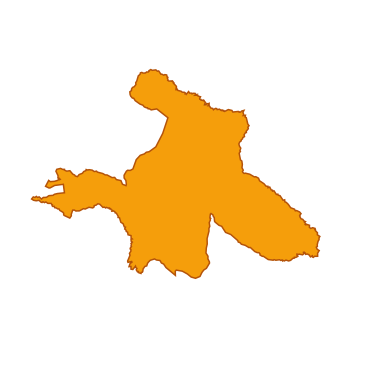 the district of Sekyere Afram Plains North, Ashanti, Ghana, rotated 26°
{"feature_id": "2480657B37542209080123", "entity_name": "Sekyere Afram Plains North", "entity_type": "district", "adm_level": 2, "iso_a3": "GHA", "parent_name": "Ghana", "parent_adm1": "Ashanti", "projection": "orthographic", "projection_center": [-0.752, 7.211], "detail": "fine", "context": "isolated", "style": "filled", "palette": "amber", "viewbox_px": 384, "rotation_deg": 26, "n_neighbors": 0, "source": "geoboundaries", "source_scale": "gbopen_adm2", "svg_char_len": 6036}
<svg xmlns="http://www.w3.org/2000/svg" viewBox="0 0 384 384"><g transform="rotate(26 192 192)"><path d="M57.9,251.1L61.6,251.1L62.6,250.6L65.7,246.3L73.0,241.5L77.7,248.6L71.7,252.4L69.3,254.4L68.6,255.9L65.0,258.0L63.5,260.6L60.7,262.1L59.8,264.3L56.7,263.4L55.7,264.6L54.0,264.2L53.3,265.7L51.5,266.0L50.9,268.6L53.2,268.9L55.8,268.2L58.2,266.5L60.4,267.3L61.8,267.2L62.3,266.1L64.1,266.2L65.0,265.0L67.4,265.4L70.4,264.0L71.5,264.8L72.1,264.7L72.3,265.7L73.2,266.0L74.5,265.3L75.5,266.3L77.0,265.8L78.7,266.1L79.8,265.5L81.3,266.5L84.8,266.8L85.9,267.3L86.7,268.8L87.4,269.1L93.6,269.0L94.0,266.3L93.3,265.1L92.7,260.6L94.2,259.8L95.9,260.0L99.1,258.3L101.7,254.6L103.5,254.1L106.1,250.9L109.8,249.8L110.5,248.4L110.1,247.1L111.6,245.8L112.5,243.9L114.4,243.4L118.7,244.9L119.8,244.0L121.4,244.2L121.9,243.3L123.9,243.2L124.4,242.6L125.7,242.7L125.6,243.2L126.6,242.9L127.1,243.4L128.5,243.4L128.5,244.3L130.0,243.4L131.8,243.8L132.1,244.4L133.3,244.2L136.2,246.1L136.7,247.3L138.1,246.9L141.3,250.4L144.0,250.7L146.4,253.0L147.6,252.8L147.7,254.7L149.6,255.3L150.2,256.3L151.7,256.3L153.3,258.5L156.3,257.9L157.5,260.1L158.8,260.4L157.9,261.2L158.9,262.9L160.3,263.2L159.8,264.8L160.2,264.8L160.9,267.3L161.5,267.6L161.1,269.5L161.4,270.3L162.3,270.5L163.0,272.0L162.7,274.6L164.0,276.0L164.4,282.3L165.3,283.3L168.2,280.9L168.8,281.4L167.7,283.5L168.1,286.7L169.8,285.7L171.0,288.1L172.8,287.6L173.7,283.4L174.6,284.5L176.0,284.8L176.0,286.4L177.9,287.6L178.7,287.0L179.2,287.9L181.9,287.6L181.7,286.4L182.5,285.9L182.6,285.2L181.8,282.5L182.3,279.5L183.7,278.3L183.3,275.5L183.6,274.0L184.4,271.7L187.7,268.6L189.9,268.7L193.2,267.6L195.6,269.2L198.1,269.2L201.7,271.3L213.6,274.2L211.7,270.6L212.1,269.1L218.0,267.4L223.8,267.7L228.5,268.8L233.0,268.0L236.2,264.4L236.2,259.9L236.8,256.9L238.4,254.3L238.9,248.2L238.2,247.1L235.6,245.1L234.5,242.7L231.3,240.7L229.4,236.0L228.5,232.1L226.0,227.3L224.4,219.7L223.2,217.4L223.0,215.0L220.9,212.0L220.8,209.1L219.7,207.7L220.1,207.4L219.2,207.0L218.2,203.8L218.5,203.0L220.8,203.4L222.1,204.8L223.1,205.1L225.1,208.4L225.9,208.9L230.8,210.1L233.7,209.8L239.9,213.6L245.5,213.2L254.4,215.6L255.5,216.7L257.4,216.5L259.2,217.3L263.3,216.6L267.5,217.0L268.8,216.3L274.5,218.0L277.2,217.9L278.9,217.2L280.2,217.8L280.7,218.8L283.3,219.0L284.3,218.5L290.1,219.3L294.9,217.7L295.4,216.8L297.2,216.6L300.4,214.5L301.8,214.6L302.7,213.6L303.6,214.2L303.8,213.6L305.2,213.5L306.3,212.0L309.1,211.6L310.6,210.2L311.8,207.3L312.8,206.8L312.6,205.8L313.9,205.4L315.3,203.5L313.8,202.7L313.6,201.7L314.9,201.7L315.5,200.9L318.9,200.0L319.6,198.5L318.6,197.4L319.1,196.9L320.3,197.1L321.5,198.2L322.8,197.2L324.8,197.2L326.9,198.4L328.1,196.6L328.8,197.6L329.7,197.6L330.3,196.1L333.1,194.7L331.7,191.9L332.0,188.9L329.6,188.6L327.9,187.1L328.5,185.8L327.7,184.6L326.9,181.1L327.1,179.2L326.3,177.5L326.4,175.9L323.4,175.5L322.6,173.6L320.0,172.7L319.4,171.7L318.8,171.9L318.6,170.8L316.1,171.2L314.7,172.7L313.0,172.3L312.2,170.4L309.3,170.8L308.8,171.6L308.0,171.6L308.2,170.7L306.3,169.8L306.8,168.9L305.6,169.0L303.4,168.0L301.8,168.3L299.7,166.9L299.7,166.2L299.0,165.8L299.5,163.7L297.5,162.8L294.2,162.8L293.1,163.6L291.7,162.5L287.6,162.9L284.0,160.9L281.3,160.0L279.7,160.1L278.7,158.4L277.5,159.5L272.7,156.7L270.9,157.1L270.1,156.3L268.9,157.2L265.2,155.0L264.0,155.9L263.5,155.1L262.2,155.4L259.7,153.5L258.4,154.8L257.8,153.6L256.0,154.3L253.0,153.0L247.8,152.3L245.7,150.4L242.6,150.3L241.4,151.1L236.1,150.7L231.6,151.7L230.7,152.5L229.1,152.1L228.4,151.5L228.5,149.9L226.3,148.3L225.2,145.2L223.2,142.3L221.5,141.9L217.4,136.5L217.7,134.3L217.0,134.0L216.6,131.2L214.7,130.1L213.0,128.2L213.0,126.0L213.8,124.5L213.4,123.6L214.1,122.1L213.8,120.8L214.9,119.2L213.7,117.7L214.1,115.1L214.8,114.7L214.1,113.6L214.8,110.9L214.7,110.1L213.8,109.3L214.2,107.4L212.4,106.5L208.2,101.4L206.8,101.3L206.4,99.6L204.5,100.8L204.6,99.8L202.9,98.1L202.9,95.9L201.1,97.5L200.6,98.9L199.5,99.6L199.3,99.2L198.3,99.3L193.7,102.2L192.1,101.2L188.5,102.0L186.0,105.3L185.2,105.4L185.0,104.9L183.9,105.4L183.6,105.0L183.0,105.8L182.2,105.5L182.0,105.9L180.4,105.5L178.5,106.9L177.6,106.2L176.4,106.6L175.2,108.7L174.0,107.8L172.1,108.3L169.6,106.8L168.7,107.3L169.0,105.7L168.5,104.8L167.8,105.7L166.4,106.0L166.4,107.4L165.0,108.1L164.7,105.5L162.8,104.9L162.7,104.4L161.7,104.4L161.5,105.0L159.9,105.5L159.5,104.9L158.3,105.2L157.8,104.4L157.9,102.7L155.3,103.1L154.8,102.5L152.4,103.7L152.9,102.7L152.6,102.9L151.6,102.0L149.5,102.9L149.0,103.8L148.1,103.4L146.5,104.2L144.9,103.2L144.0,106.8L143.1,106.3L142.7,106.6L142.6,105.9L141.5,105.7L139.4,106.6L138.2,106.2L134.7,106.9L133.8,106.2L133.5,106.6L132.8,105.7L132.5,106.4L131.7,103.9L128.1,102.5L128.1,102.0L127.4,102.2L126.6,101.1L125.4,101.3L125.4,100.9L122.7,102.4L121.2,102.3L121.0,101.3L119.8,100.4L120.0,99.5L119.1,99.3L117.9,97.9L116.1,98.4L115.4,99.4L113.2,99.3L112.5,99.8L109.0,97.8L107.9,98.6L106.0,98.1L102.9,100.1L101.3,100.0L100.1,101.8L100.5,102.2L100.0,103.4L98.6,104.0L97.9,105.5L95.8,106.6L94.5,106.5L93.4,107.5L93.7,109.1L92.8,111.1L93.7,116.4L93.5,118.5L94.5,120.0L93.9,122.7L92.7,124.1L92.5,125.8L93.1,127.5L92.2,129.2L93.7,131.6L94.9,132.7L97.2,133.7L98.5,133.3L100.9,134.8L106.8,135.8L109.8,135.5L111.8,136.4L114.2,136.3L115.1,135.8L116.1,136.5L117.1,135.9L119.3,136.1L123.9,132.8L137.8,135.8L140.0,152.2L139.7,167.3L135.8,174.6L133.5,176.3L132.5,178.6L129.4,181.7L127.7,187.3L128.8,197.2L127.0,199.7L124.6,200.7L123.9,202.1L123.6,206.7L124.9,209.2L127.5,210.6L129.6,213.8L129.9,215.2L126.1,215.5L123.1,212.9L118.6,214.0L116.1,212.8L113.8,214.1L108.2,213.9L106.5,214.7L103.7,214.5L98.2,215.6L97.1,215.1L95.1,216.5L92.7,216.1L89.6,217.1L88.8,217.9L87.0,218.2L87.3,219.2L85.7,221.1L85.3,223.2L82.9,225.8L82.3,228.4L80.1,228.8L79.1,228.2L77.0,228.2L72.9,226.4L70.2,228.2L67.6,228.2L67.4,227.6L65.7,228.4L63.5,228.4L60.5,230.9L60.6,233.0L64.5,236.1L65.3,238.1L66.1,237.8L68.0,238.4L67.6,239.0L66.5,238.8L66.3,240.3L63.7,242.7L60.1,244.8L58.1,244.4L57.9,251.1Z" fill="#f59e0b" stroke="#b45309" stroke-width="1.5"/></g></svg>